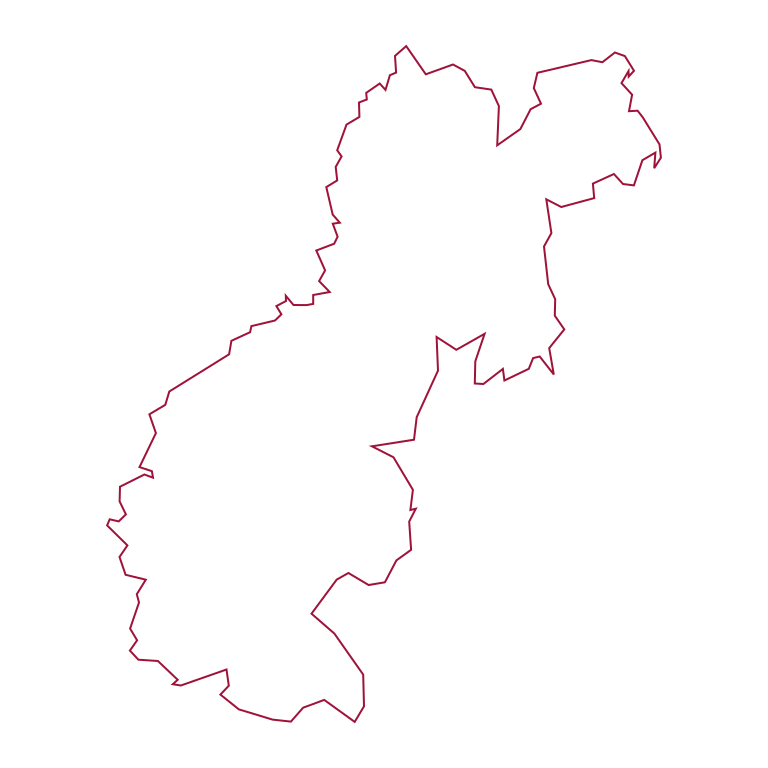 the district of Birim North, Eastern, Ghana
{"feature_id": "2480657B81401264659986", "entity_name": "Birim North", "entity_type": "district", "adm_level": 2, "iso_a3": "GHA", "parent_name": "Ghana", "parent_adm1": "Eastern", "projection": "robinson", "projection_center": [-0.982, 6.368], "detail": "medium", "context": "isolated", "style": "outline", "palette": "rose", "viewbox_px": 768, "rotation_deg": 0, "n_neighbors": 0, "source": "geoboundaries", "source_scale": "gbopen_adm2", "svg_char_len": 1903}
<svg xmlns="http://www.w3.org/2000/svg" viewBox="0 0 768 768"><path d="M138.4,659.7L157.9,661.0L177.7,679.8L172.8,684.2L180.8,685.5L226.5,669.5L228.8,685.7L220.4,694.6L238.9,709.4L272.5,719.6L290.9,721.6L303.1,707.7L324.2,699.9L354.7,721.9L364.0,706.3L363.2,674.6L334.4,633.6L311.5,613.7L336.7,579.6L348.4,573.0L368.6,585.0L384.9,582.3L396.4,560.4L411.1,549.8L409.2,521.6L415.8,508.7L410.4,510.0L412.9,489.8L393.5,457.3L371.9,446.3L414.0,439.7L416.7,417.2L438.0,370.6L436.6,337.0L456.3,349.8L484.6,333.8L475.3,361.3L474.8,383.5L483.4,384.0L502.9,368.9L504.4,380.5L528.8,368.8L533.1,358.1L539.7,356.5L553.8,374.5L549.2,348.1L564.3,329.4L554.8,315.7L555.2,299.2L548.2,284.2L544.0,246.5L551.4,233.1L546.3,199.3L561.2,207.0L594.2,198.1L592.9,183.6L613.9,174.0L623.0,184.0L633.9,185.4L642.4,160.2L655.4,152.6L654.2,168.2L660.9,157.7L659.5,144.4L642.8,117.4L637.6,110.7L629.0,111.2L632.1,94.7L621.5,83.1L628.5,71.1L628.7,76.6L634.0,70.8L624.9,56.1L614.9,52.5L602.4,62.2L591.4,60.1L537.4,72.8L533.8,88.1L541.0,103.7L530.6,109.2L520.4,129.0L497.2,145.3L498.9,106.1L491.3,89.6L474.9,87.2L464.8,70.9L453.0,64.5L425.8,74.3L406.2,46.1L395.0,55.9L396.1,72.6L389.9,75.2L385.5,89.9L379.7,83.5L366.2,92.9L366.8,99.5L359.0,102.5L359.4,116.9L346.5,124.6L337.2,150.3L341.6,156.4L335.7,166.9L337.2,180.4L326.3,187.1L332.7,214.6L339.8,222.7L332.8,223.7L337.6,236.7L334.2,243.7L316.3,250.5L325.1,270.4L319.1,281.1L329.7,292.0L313.2,295.0L313.2,303.9L306.6,305.1L293.5,305.0L285.8,295.8L286.0,301.0L276.4,306.1L281.4,314.3L275.0,320.5L251.4,326.1L250.1,332.2L231.4,340.8L229.1,354.3L169.3,391.5L165.3,404.8L149.4,414.3L155.9,433.1L139.5,467.1L151.9,471.2L153.0,477.7L144.4,474.5L120.0,486.7L119.6,501.4L125.9,514.4L118.7,521.4L109.7,519.3L107.1,525.4L127.4,545.4L119.5,557.0L125.6,574.8L145.8,579.7L136.8,594.2L139.0,602.5L130.1,628.6L137.1,640.3L129.9,650.6L138.4,659.7Z" fill="none" stroke="#9f1239" stroke-width="2"/></svg>